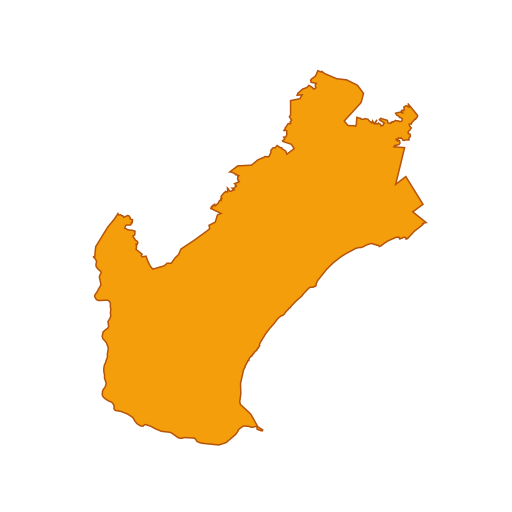 the district of La Unión de Isidoro Montes de Oca, Guerrero, Mexico, rotated 283°
{"feature_id": "50627088B26941201425875", "entity_name": "La Unión de Isidoro Montes de Oca", "entity_type": "district", "adm_level": 2, "iso_a3": "MEX", "parent_name": "Mexico", "parent_adm1": "Guerrero", "projection": "natural_earth1", "projection_center": [-101.827, 18.009], "detail": "fine", "context": "isolated", "style": "filled", "palette": "amber", "viewbox_px": 512, "rotation_deg": 283, "n_neighbors": 0, "source": "geoboundaries", "source_scale": "gbopen_adm2", "svg_char_len": 6107}
<svg xmlns="http://www.w3.org/2000/svg" viewBox="0 0 512 512"><g transform="rotate(283 256 256)"><path d="M218.3,98.0L217.6,99.4L215.5,101.5L214.1,101.9L211.5,102.0L209.6,102.7L207.5,105.3L206.2,107.9L205.2,108.8L203.6,108.7L202.0,108.1L200.2,108.1L194.1,111.0L192.5,111.3L187.9,109.8L186.7,109.7L181.8,107.8L180.7,107.8L179.7,108.3L177.8,110.1L177.2,111.7L177.4,113.7L179.5,120.8L179.5,121.7L178.7,123.7L177.0,124.8L173.4,125.6L171.6,126.5L167.8,126.9L164.9,128.0L162.2,127.7L158.9,126.5L154.1,128.3L152.4,127.8L149.6,125.4L147.5,124.1L143.1,124.2L141.0,125.4L138.0,129.6L134.6,131.9L132.6,132.9L126.9,133.2L124.2,134.0L120.2,133.4L118.1,133.4L115.7,132.8L112.0,133.0L108.7,133.9L106.0,135.2L102.8,135.9L98.8,138.4L97.6,138.7L94.3,138.5L91.4,137.1L89.6,136.9L86.1,137.4L84.4,138.7L83.1,140.8L81.7,144.6L81.1,148.0L80.3,149.6L77.9,151.7L75.7,151.8L74.5,152.6L74.0,153.4L73.9,154.4L74.2,159.1L73.2,166.2L71.0,172.2L67.8,175.2L65.9,177.7L64.8,180.7L64.5,182.4L64.9,184.3L66.7,185.5L66.9,186.3L66.5,191.4L65.0,196.9L63.9,203.3L64.8,211.2L64.7,213.2L62.1,219.5L61.5,221.2L61.3,222.7L61.6,224.3L63.1,227.5L64.7,237.0L64.0,238.2L62.0,240.2L61.4,243.7L61.4,245.8L63.5,262.3L67.5,268.9L77.7,276.4L80.8,277.7L82.9,278.1L84.4,279.1L87.6,282.1L88.4,287.4L88.1,289.9L88.4,291.3L90.1,294.6L89.5,295.4L87.4,296.1L86.9,299.7L87.0,301.4L88.0,301.7L90.1,296.1L100.2,287.0L101.6,285.1L107.9,274.1L110.5,272.9L118.3,272.2L128.2,269.6L142.6,269.5L145.3,270.4L146.1,270.0L147.7,270.7L150.0,271.1L150.8,271.6L152.2,271.5L152.6,271.9L152.7,272.6L154.4,272.4L156.0,273.0L157.7,274.4L158.1,274.1L158.8,274.9L159.7,274.9L160.0,275.5L161.1,275.9L161.8,275.8L162.2,276.4L164.4,277.9L166.4,278.3L166.7,278.9L168.1,279.2L169.4,279.8L170.4,279.3L172.9,279.7L182.7,283.0L187.4,285.1L194.5,288.9L199.9,291.3L203.6,294.1L204.0,295.4L206.1,296.8L208.8,297.8L211.2,299.5L212.3,299.6L213.1,300.8L215.4,301.7L221.7,305.6L227.2,309.6L229.6,310.6L236.3,314.5L237.6,315.7L238.7,319.2L239.2,319.2L240.2,321.0L241.2,321.1L242.5,320.8L246.2,321.7L258.9,327.8L266.8,332.8L274.3,338.9L279.0,343.6L285.9,351.5L287.4,354.4L287.7,356.0L288.9,358.1L291.5,361.1L293.8,364.7L294.3,366.9L293.8,368.0L294.0,370.2L293.6,370.8L294.0,372.6L293.7,373.3L292.9,373.9L293.0,374.1L294.2,375.7L296.3,377.3L300.5,381.3L305.6,388.1L306.5,390.8L306.4,391.2L305.1,391.9L304.9,392.4L305.5,392.6L306.3,394.5L307.4,395.5L307.7,397.1L307.5,397.8L306.4,398.1L306.3,398.9L307.4,399.9L315.7,404.7L323.9,411.3L324.7,411.6L325.1,411.2L325.7,411.9L326.8,414.3L334.3,398.8L343.9,407.1L367.1,384.1L357.2,376.0L395.0,376.4L393.4,365.8L394.9,366.3L395.1,367.2L396.8,370.2L398.4,370.9L400.7,369.8L399.9,367.9L400.8,366.4L401.5,366.3L401.4,367.3L401.7,368.2L403.1,368.1L403.2,370.3L403.8,370.8L403.1,372.0L402.0,372.9L401.9,373.5L402.0,374.7L402.7,375.5L403.5,379.0L405.2,378.4L407.3,379.5L409.5,378.6L409.5,376.9L411.2,376.3L413.4,377.6L415.7,378.5L417.2,376.4L418.9,375.6L419.6,377.7L420.8,377.8L424.4,379.7L425.0,380.7L425.4,380.4L427.1,381.7L429.3,381.9L438.8,369.6L436.1,372.2L435.5,371.8L435.9,369.9L436.3,369.4L435.8,367.9L434.3,366.5L432.8,367.3L431.1,367.3L430.8,367.0L431.0,365.5L429.6,364.9L428.5,366.5L428.4,365.5L428.7,364.6L427.5,361.5L426.5,359.9L424.9,361.4L424.7,362.9L423.2,365.1L423.4,365.6L422.7,367.7L420.3,367.7L419.3,366.0L419.7,364.3L419.4,362.9L419.5,361.4L417.8,359.9L417.5,358.9L417.3,359.1L416.7,357.8L416.2,358.0L415.7,357.6L415.8,356.9L415.3,356.3L415.4,354.7L417.5,353.6L417.8,353.1L418.0,347.5L418.3,346.7L416.8,345.5L416.4,345.7L414.4,351.2L413.3,350.5L411.9,350.4L410.8,348.5L412.0,348.0L413.1,345.4L412.0,344.7L411.8,342.1L416.0,343.3L411.4,341.4L413.8,339.2L411.7,338.9L413.4,335.4L414.4,334.4L414.4,331.4L413.5,330.1L413.1,328.2L413.2,327.3L413.8,326.4L413.5,324.8L413.9,323.1L408.6,323.8L407.9,324.2L404.8,323.8L405.0,322.3L403.8,316.3L407.4,311.6L427.9,323.2L429.7,323.9L438.6,324.2L445.2,316.4L448.0,304.7L446.9,294.7L449.2,281.9L450.7,278.6L449.8,278.2L450.5,274.6L444.7,273.5L441.2,270.4L439.6,269.7L437.6,270.6L437.8,275.8L435.7,275.3L433.4,276.5L431.6,274.8L433.0,272.8L434.2,269.2L431.6,267.7L429.3,264.0L423.9,260.1L421.9,259.9L423.5,264.7L419.1,263.4L415.2,254.7L401.1,258.0L399.2,257.2L396.3,260.2L394.3,259.1L393.3,259.9L392.7,259.9L392.4,259.3L392.4,258.1L391.5,257.1L390.3,257.0L387.3,255.6L385.5,255.7L384.8,254.9L384.5,255.1L385.2,257.1L384.9,257.8L381.2,258.7L378.8,258.3L378.0,256.2L376.6,257.7L375.6,257.2L374.6,256.1L374.0,256.0L373.7,256.2L372.8,265.3L369.2,269.0L362.1,263.1L364.9,261.4L366.4,257.2L367.3,256.7L367.0,255.4L368.4,251.7L365.7,250.3L365.3,248.4L362.7,246.8L359.7,247.2L355.6,246.1L354.9,242.3L354.5,242.2L350.2,236.3L343.5,231.2L339.7,217.9L332.0,211.5L332.2,213.0L331.8,216.0L330.6,218.0L330.6,218.5L331.1,218.7L330.5,219.9L330.4,221.3L329.8,221.0L329.4,220.4L327.0,220.7L326.8,221.1L326.0,221.3L325.8,221.9L325.1,222.0L324.7,222.9L324.5,222.7L324.7,222.1L323.9,222.2L321.9,219.1L321.8,219.5L321.5,219.2L320.8,220.1L320.2,220.0L319.9,221.0L319.4,221.1L319.2,220.4L317.4,219.8L316.7,217.5L315.4,219.8L314.7,218.2L313.8,217.6L313.3,216.5L313.6,215.3L314.8,214.4L315.8,212.9L312.5,213.9L311.9,213.8L312.0,211.6L310.9,211.4L310.2,210.5L306.7,208.8L305.9,208.6L304.4,209.8L303.8,209.6L303.7,208.8L302.2,209.5L302.2,208.6L301.8,208.0L299.1,207.3L296.0,205.3L295.6,204.8L297.1,204.1L295.7,202.6L294.8,202.7L294.3,201.5L292.8,202.3L292.3,202.0L292.3,201.2L292.1,201.3L289.6,212.4L287.4,209.2L279.9,208.7L275.3,203.3L272.5,204.7L270.7,203.7L257.4,192.2L245.9,181.3L239.9,180.2L236.2,177.7L229.8,175.0L229.0,171.0L225.7,168.7L220.0,158.3L222.5,155.1L227.7,151.0L231.1,148.9L229.6,145.1L230.9,144.1L232.2,144.5L235.5,137.6L237.3,137.7L240.6,136.6L240.4,137.6L242.4,137.9L243.6,137.0L244.2,135.2L247.4,131.8L248.1,131.8L249.3,133.1L253.0,132.5L253.2,129.3L252.7,125.9L253.5,121.9L256.2,122.1L257.0,122.8L258.0,126.8L260.5,127.8L260.8,127.2L261.2,127.8L263.3,127.6L263.6,127.3L263.9,125.0L265.3,124.6L266.5,123.2L266.6,121.8L263.9,118.5L265.2,117.3L265.2,116.0L265.7,114.9L265.1,113.0L266.3,111.9L260.8,110.0L250.7,105.0L229.0,97.7L218.9,99.0L218.7,97.9L218.3,98.0Z" fill="#f59e0b" stroke="#b45309" stroke-width="1.5"/></g></svg>